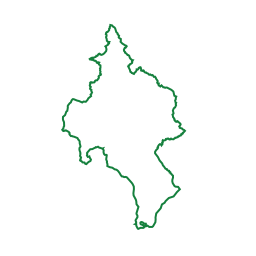 the district of Ucayali, Loreto, Peru, rotated 148°
{"feature_id": "86281439B24501043658018", "entity_name": "Ucayali", "entity_type": "district", "adm_level": 2, "iso_a3": "PER", "parent_name": "Peru", "parent_adm1": "Loreto", "projection": "mercator", "projection_center": [-75.521, -7.291], "detail": "fine", "context": "isolated", "style": "outline", "palette": "green", "viewbox_px": 256, "rotation_deg": 148, "n_neighbors": 0, "source": "geoboundaries", "source_scale": "gbopen_adm2", "svg_char_len": 5816}
<svg xmlns="http://www.w3.org/2000/svg" viewBox="0 0 256 256"><g transform="rotate(148 128 128)"><path d="M85.8,198.0L85.8,198.6L86.5,199.4L88.1,202.7L88.6,205.1L88.0,205.6L86.9,207.3L87.8,209.0L87.8,210.0L86.7,210.9L87.1,213.0L86.7,213.5L86.7,214.1L87.1,215.5L86.1,219.3L86.2,220.6L86.9,221.7L87.1,223.4L88.4,224.7L89.3,223.5L89.8,223.5L90.7,222.2L91.4,222.2L92.1,221.0L94.6,220.2L95.2,220.6L96.0,220.4L97.1,219.3L96.8,218.7L97.0,218.1L97.4,217.4L98.1,217.1L98.6,216.4L98.9,214.8L99.7,213.2L99.4,211.8L98.3,210.9L99.3,210.4L99.1,209.9L99.3,209.7L100.2,209.9L100.9,209.2L103.9,209.2L103.8,208.4L104.5,206.2L105.8,204.8L108.7,203.9L110.5,203.8L111.8,204.1L112.5,204.9L112.4,205.3L112.8,206.1L113.4,206.0L113.6,206.3L114.5,206.1L115.3,205.5L116.2,205.5L116.6,206.0L117.7,205.4L119.4,205.8L120.0,205.7L120.4,206.2L121.3,206.7L122.1,206.7L122.5,206.5L122.8,206.8L123.3,206.5L123.6,206.8L123.9,206.8L123.9,206.2L123.0,205.6L122.5,204.9L121.8,204.7L121.6,204.1L121.1,203.9L120.9,202.8L120.0,202.3L119.7,201.7L119.7,200.7L119.9,200.0L119.6,199.5L118.5,199.6L117.8,198.8L118.8,198.4L118.7,198.0L119.0,197.3L118.2,195.7L119.2,194.0L120.3,193.2L120.2,192.7L121.2,191.7L121.4,190.4L122.6,189.3L122.5,188.5L122.7,188.3L122.5,187.9L123.2,187.4L124.0,187.7L125.3,187.5L125.8,187.1L125.9,186.3L126.8,185.5L127.3,185.5L128.8,184.8L130.3,185.5L131.2,185.3L132.1,184.6L132.7,184.6L133.8,185.3L134.1,185.3L134.6,186.1L135.5,186.6L136.3,186.3L136.2,185.6L137.8,184.5L138.0,183.6L137.8,182.9L138.3,182.7L138.3,182.1L139.4,181.4L139.4,180.9L138.9,179.6L139.3,179.4L139.6,178.5L139.6,177.3L140.3,176.9L140.8,176.4L142.0,176.2L142.4,174.6L145.9,174.2L147.4,173.3L149.9,172.6L151.7,174.0L153.3,173.9L155.3,176.9L156.6,178.2L158.7,181.1L159.4,181.7L159.9,181.7L161.2,181.3L162.9,180.0L164.3,179.9L167.0,178.9L167.5,178.5L168.2,177.2L170.4,174.7L171.6,174.6L174.5,172.3L177.2,171.9L178.4,170.2L178.8,169.3L179.2,166.8L181.1,163.5L181.9,163.1L183.1,161.9L184.7,161.3L184.5,159.8L184.0,159.4L182.9,159.4L182.4,158.9L181.9,158.9L180.3,156.0L180.2,154.6L180.8,154.2L181.0,153.5L180.7,151.4L179.7,150.8L179.2,150.0L178.5,149.4L176.2,146.3L176.3,144.4L176.0,143.3L176.2,142.0L177.0,140.8L178.0,137.6L178.5,137.2L179.5,136.9L180.4,135.9L181.0,134.5L181.4,132.5L181.9,131.9L182.0,131.3L183.5,129.7L183.4,128.0L184.0,127.6L184.4,126.8L184.9,126.8L185.8,126.0L185.7,125.3L185.0,124.6L184.8,122.9L183.2,121.8L183.2,120.2L182.4,119.4L181.3,119.8L179.2,120.1L177.4,119.9L176.2,120.8L176.1,123.5L175.8,124.4L177.4,124.8L177.4,126.5L176.3,127.5L176.1,128.4L175.7,128.7L171.3,130.0L169.4,129.0L166.6,128.8L166.0,128.6L165.5,128.8L165.2,128.4L163.3,128.0L162.8,126.5L162.0,125.8L160.8,124.2L160.1,124.0L160.5,123.8L160.4,122.0L161.5,120.6L162.1,118.8L161.9,117.5L160.5,116.6L160.4,116.2L163.1,113.0L163.6,110.6L164.1,110.1L164.6,108.2L165.7,106.7L164.3,104.5L162.3,102.6L161.2,100.0L160.1,99.0L159.6,98.1L159.2,96.8L159.0,94.3L159.1,91.8L158.9,90.2L158.0,89.6L157.3,88.4L155.8,87.7L155.1,86.7L153.9,79.6L153.8,77.9L154.1,75.3L155.4,73.0L158.0,69.8L159.0,67.8L159.3,63.2L159.8,61.5L161.2,58.8L160.9,55.6L166.0,51.2L166.4,50.3L166.4,48.8L167.2,47.4L170.4,45.8L170.7,45.3L170.9,43.8L171.4,43.4L171.8,42.5L172.8,42.6L172.4,42.1L172.3,41.5L172.8,40.5L173.0,38.1L173.0,37.4L172.7,37.0L170.2,36.7L168.2,35.3L167.6,35.1L167.0,35.3L166.6,36.0L166.6,37.0L167.1,38.2L168.0,39.3L168.2,40.1L167.7,41.1L167.2,41.3L166.5,41.2L165.6,40.3L165.1,38.5L163.6,37.4L163.8,36.9L164.6,36.6L164.8,36.1L164.9,35.1L163.2,34.9L162.4,32.8L159.9,31.3L158.8,31.4L154.7,33.6L152.9,36.0L152.1,37.5L149.3,40.6L142.8,42.6L139.7,45.2L136.6,45.2L134.8,46.1L130.5,47.0L125.6,45.8L120.5,47.7L116.5,48.6L116.7,51.5L118.8,53.1L119.3,54.1L119.3,57.5L118.7,59.3L117.8,60.6L116.1,62.1L115.1,63.8L115.5,64.9L115.5,66.0L116.0,66.8L115.5,67.9L115.7,68.4L116.2,68.5L115.8,69.8L116.4,70.1L116.5,70.7L117.1,71.8L116.8,72.5L117.8,73.6L117.9,76.4L118.2,77.7L117.8,79.8L118.4,83.7L118.0,87.5L118.4,91.8L118.4,92.3L117.6,93.5L115.5,94.5L114.3,94.6L113.4,95.1L113.6,95.4L113.3,95.9L112.7,95.9L112.0,96.7L110.6,97.3L109.4,97.4L108.9,96.8L108.8,95.6L108.5,95.8L107.7,95.8L107.1,96.3L106.8,97.5L105.9,97.6L105.6,98.7L104.9,99.2L104.5,98.6L103.3,98.0L102.4,97.9L101.9,98.4L101.7,98.1L101.4,98.2L100.7,98.0L100.4,98.2L99.5,97.8L99.3,97.0L98.6,96.5L98.8,96.2L98.6,96.0L97.3,96.2L97.3,95.7L95.3,94.3L94.2,94.6L93.3,94.4L93.0,94.7L92.1,94.2L91.0,94.0L90.7,94.2L90.5,93.9L89.7,94.1L88.9,93.9L88.6,94.2L87.1,93.7L86.1,94.5L85.8,94.1L85.1,94.4L84.7,94.2L84.1,94.5L84.0,94.9L83.0,94.9L81.2,95.4L81.5,96.6L82.4,97.9L82.4,98.9L84.0,100.7L83.6,101.5L83.7,102.2L81.6,103.0L81.3,103.9L82.4,107.6L82.6,107.8L83.4,107.4L84.2,108.2L84.4,110.1L83.9,110.6L84.1,110.9L83.8,112.5L84.0,113.4L83.4,114.7L83.2,115.8L82.1,116.0L81.6,116.3L80.7,119.0L78.9,120.3L77.9,120.6L77.2,120.5L75.1,121.9L74.9,122.9L74.0,123.7L74.3,123.9L73.5,126.3L72.1,127.2L71.5,128.3L70.4,129.1L71.6,130.8L70.2,134.9L71.0,137.4L73.5,141.6L74.3,142.2L75.2,142.4L75.9,143.5L76.5,143.8L77.0,146.4L78.6,146.1L78.9,147.5L79.4,147.8L79.0,149.2L78.4,149.5L79.2,150.2L79.2,151.0L78.2,151.7L77.9,152.3L78.1,155.2L77.8,155.9L77.9,157.2L78.9,157.6L79.1,159.9L80.2,160.3L80.7,161.6L81.8,161.9L82.2,163.6L83.3,165.0L83.2,165.4L84.2,166.2L84.5,167.5L84.2,168.2L84.3,168.6L85.5,168.7L86.4,169.8L85.7,170.4L85.7,171.7L85.3,172.0L85.2,172.9L85.8,173.2L87.0,173.3L88.1,172.5L88.8,172.4L89.6,173.1L90.1,172.4L91.8,171.5L92.7,171.5L94.3,170.7L94.9,171.5L94.9,171.9L95.7,172.7L95.7,173.7L96.2,174.2L95.9,175.6L95.6,176.0L95.2,180.1L94.6,180.0L94.2,180.7L93.2,180.6L92.3,181.1L91.8,180.9L90.1,181.0L89.5,181.6L89.5,182.1L88.0,182.9L88.8,183.5L88.7,184.0L89.2,185.2L89.1,185.9L89.3,186.4L88.7,188.7L89.1,189.7L89.7,190.1L89.9,191.9L90.6,193.5L90.2,194.0L90.5,195.3L90.1,196.4L89.1,197.2L88.5,197.3L88.2,197.7L87.3,197.4L85.8,198.0Z" fill="none" stroke="#15803d" stroke-width="2"/></g></svg>